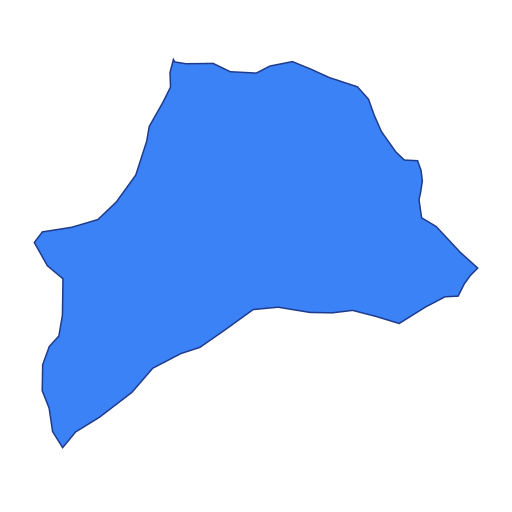 outline of Eda, Värmland, Sweden, rotated 181°
{"feature_id": "70781695B29968345732345", "entity_name": "Eda", "entity_type": "district", "adm_level": 2, "iso_a3": "SWE", "parent_name": "Sweden", "parent_adm1": "Värmland", "projection": "natural_earth1", "projection_center": [12.201, 59.829], "detail": "fine", "context": "isolated", "style": "filled", "palette": "blue", "viewbox_px": 512, "rotation_deg": 181, "n_neighbors": 0, "source": "geoboundaries", "source_scale": "gbopen_adm2", "svg_char_len": 945}
<svg xmlns="http://www.w3.org/2000/svg" viewBox="0 0 512 512"><g transform="rotate(181 256 256)"><path d="M342.0,451.0L345.2,437.9L344.4,423.4L351.5,408.5L365.0,383.7L367.3,368.8L377.6,334.9L396.5,307.7L414.7,289.7L440.8,281.5L470.0,276.4L477.9,265.6L464.4,242.6L448.6,229.8L448.5,193.5L451.7,172.6L461.1,161.9L467.4,143.5L467.4,117.6L460.2,100.3L456.3,76.9L446.0,61.0L433.2,77.0L409.8,92.0L377.7,117.5L357.3,142.0L329.5,157.1L310.5,163.7L285.7,181.6L257.9,202.4L233.0,205.2L200.9,200.5L178.9,200.5L158.5,203.3L135.1,197.7L111.7,191.0L85.4,208.1L66.3,218.5L53.2,219.4L47.3,231.7L41.4,240.2L34.1,247.8L51.6,263.0L76.4,288.6L91.1,297.1L94.0,315.1L92.5,322.7L91.0,334.1L92.5,344.6L96.1,354.1L109.3,354.5L118.0,362.5L132.8,382.6L140.2,398.7L146.3,414.8L157.5,426.9L185.9,435.7L204.5,443.8L223.0,451.0L245.3,446.2L258.9,438.9L284.9,439.8L302.2,447.8L329.4,447.0L340.6,448.6L342.0,451.0Z" fill="#3b82f6" stroke="#1e3a8a" stroke-width="1.5"/></g></svg>